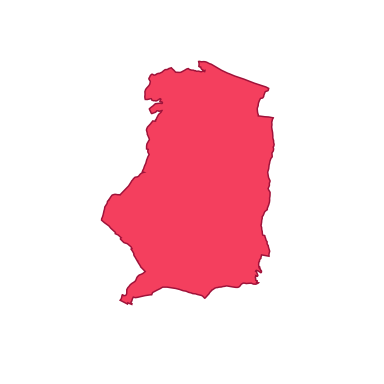 outline of Amarasti, Vâlcea, Romania, rotated 224°
{"feature_id": "2599482B2938164526483", "entity_name": "Amarasti", "entity_type": "district", "adm_level": 2, "iso_a3": "ROU", "parent_name": "Romania", "parent_adm1": "Vâlcea", "projection": "orthographic", "projection_center": [24.148, 44.766], "detail": "fine", "context": "isolated", "style": "filled", "palette": "rose", "viewbox_px": 384, "rotation_deg": 224, "n_neighbors": 0, "source": "geoboundaries", "source_scale": "gbopen_adm2", "svg_char_len": 6013}
<svg xmlns="http://www.w3.org/2000/svg" viewBox="0 0 384 384"><g transform="rotate(224 192 192)"><path d="M291.0,266.9L293.2,267.0L294.0,265.4L294.3,265.1L294.9,262.9L296.3,261.4L296.7,259.1L296.8,257.6L296.9,257.2L298.0,254.3L298.5,254.1L298.7,253.9L299.4,252.4L299.5,251.9L299.4,251.8L299.9,250.5L300.6,249.6L302.1,249.3L302.7,248.8L302.9,247.3L302.9,246.9L302.4,245.7L302.1,244.4L301.8,243.6L301.2,243.2L299.1,242.7L298.6,242.4L297.5,240.6L297.2,240.0L296.9,238.4L296.8,235.2L296.6,233.6L295.6,231.5L293.5,229.5L292.1,227.7L291.0,226.8L289.9,226.1L288.4,227.5L286.3,230.7L285.9,230.8L284.8,230.2L283.1,230.9L282.1,232.0L281.2,232.4L280.5,233.7L279.9,236.8L279.6,237.1L279.1,237.2L278.8,237.1L278.2,235.1L278.0,234.8L277.5,235.0L276.3,235.9L275.5,235.8L275.2,235.6L275.0,235.2L275.1,234.8L277.0,233.3L278.9,231.0L279.3,230.4L279.7,230.1L279.9,226.6L280.2,225.0L280.4,223.2L280.4,222.1L279.5,221.7L276.0,220.4L275.5,220.4L275.2,220.8L273.6,224.1L273.6,226.1L272.6,226.9L271.8,227.1L271.2,228.0L270.4,229.5L270.2,229.7L269.7,227.8L269.9,225.3L269.8,224.2L268.6,220.1L268.0,219.3L268.3,218.8L268.3,218.4L268.2,218.2L267.5,217.6L268.5,216.6L269.6,215.9L269.4,214.3L269.4,213.5L269.2,212.7L269.1,207.7L268.4,205.9L267.8,204.9L265.1,203.3L264.2,202.4L263.3,202.1L259.8,200.6L258.9,199.9L258.7,198.5L257.8,195.2L256.6,193.5L254.6,191.4L253.1,192.2L252.4,190.9L251.4,190.0L248.9,189.2L248.0,186.1L247.5,185.3L247.0,183.8L246.2,182.4L245.2,180.6L244.2,177.7L242.8,174.8L242.5,173.5L241.8,172.0L240.3,172.7L241.2,171.3L241.6,169.5L241.6,168.5L241.4,166.3L241.5,165.7L242.0,164.6L242.6,164.0L243.3,162.8L243.3,160.4L243.1,159.7L243.1,158.2L242.6,156.3L241.8,152.3L241.8,150.9L241.8,149.2L241.8,141.0L241.7,139.9L242.6,139.5L243.2,138.7L245.5,137.1L246.2,136.3L247.0,134.9L247.3,134.1L246.9,131.1L246.5,129.9L246.6,129.3L246.5,128.7L246.2,128.6L246.3,127.8L246.3,126.6L245.3,125.1L245.1,124.6L244.3,120.6L242.9,118.7L242.5,117.8L240.0,113.7L239.0,111.7L238.4,110.0L237.5,108.9L233.6,109.1L228.2,109.9L225.2,109.5L219.0,109.7L218.3,108.7L215.2,109.8L211.3,109.9L211.2,109.9L211.4,109.5L211.3,109.1L210.7,108.4L206.3,108.3L205.6,108.4L202.6,109.9L197.8,110.2L195.8,109.6L195.8,109.4L196.2,109.0L196.2,108.6L193.7,108.1L191.1,107.3L190.7,107.0L190.3,106.4L188.8,105.8L188.0,105.7L183.2,104.3L183.1,104.6L181.9,103.9L177.6,102.9L177.1,102.5L170.4,102.3L170.7,99.5L171.3,97.7L172.3,95.5L172.4,94.5L172.4,93.0L172.1,91.8L171.3,90.0L170.9,88.1L171.4,85.8L171.7,84.8L172.0,82.5L171.7,80.0L171.7,78.7L171.1,76.5L168.5,73.7L167.9,72.4L168.0,71.4L168.9,70.2L169.2,69.9L170.4,70.0L170.7,69.6L170.3,68.7L169.4,67.4L168.7,65.9L168.5,64.2L160.6,66.6L161.2,67.7L157.2,69.3L157.6,70.0L158.9,69.7L159.4,70.6L159.6,71.8L160.6,73.6L161.2,75.6L159.4,76.6L158.0,78.4L153.9,84.7L150.7,88.9L149.6,90.1L150.4,91.9L150.4,92.7L149.1,96.7L148.9,97.3L147.7,100.6L147.1,103.0L146.5,103.7L143.8,106.3L136.7,111.3L133.4,113.2L129.9,114.8L127.4,116.5L124.7,117.5L122.2,119.0L121.1,119.3L119.9,120.2L118.9,121.1L116.8,122.1L113.3,124.2L111.8,124.5L109.2,124.4L108.9,124.9L109.1,130.8L109.4,131.7L109.5,133.6L109.4,134.5L109.6,135.2L109.4,135.5L108.7,138.9L108.0,140.2L107.3,140.9L106.5,142.3L105.0,143.9L104.0,145.6L103.0,146.8L101.9,148.5L96.9,151.9L94.0,154.0L93.0,155.0L92.7,155.4L92.3,156.3L92.2,157.0L92.2,158.0L92.5,159.7L92.2,161.1L91.8,162.1L90.8,163.0L89.4,163.8L87.7,165.8L86.0,167.6L83.9,168.4L82.4,169.7L81.9,170.3L81.1,172.5L81.1,172.9L82.7,171.9L82.8,172.3L83.4,173.0L83.2,173.3L83.3,173.4L83.8,173.3L84.7,172.8L85.1,173.0L86.3,174.1L87.3,174.7L87.6,175.4L87.3,175.8L88.0,176.2L86.4,176.9L86.7,177.8L89.7,179.1L90.4,179.5L91.2,179.2L91.4,179.9L91.3,180.4L89.8,181.1L87.9,181.5L86.7,181.6L86.3,182.1L86.4,182.6L87.1,183.4L87.5,183.5L88.1,183.3L88.9,183.9L89.6,183.8L90.2,184.0L90.1,184.4L90.3,184.6L90.5,184.6L90.8,184.2L91.0,184.1L91.6,184.5L91.7,185.1L92.1,184.9L92.3,184.9L94.0,186.4L94.6,187.3L94.9,187.4L95.3,188.5L95.2,188.8L96.2,190.1L96.4,191.0L96.3,191.9L96.4,192.2L96.8,192.6L97.3,193.4L97.8,194.5L98.3,194.9L98.3,195.1L92.0,199.3L93.5,200.8L95.0,203.4L97.9,205.0L99.2,205.8L99.9,206.4L101.0,206.6L101.7,206.8L102.3,207.2L103.4,208.4L105.0,208.7L107.5,210.1L108.4,210.5L109.2,211.1L109.8,211.0L110.5,210.4L111.3,210.2L112.5,211.0L114.2,212.5L115.4,213.2L116.4,214.0L116.9,214.6L119.4,216.1L119.7,217.0L120.1,217.4L120.7,218.3L122.4,220.4L123.0,221.6L124.4,223.1L124.4,224.3L125.0,225.9L125.5,227.0L125.9,228.1L125.9,229.8L125.6,231.1L125.6,231.6L126.5,232.6L127.9,236.1L128.4,236.9L129.1,238.3L130.2,239.8L132.2,241.8L132.4,242.3L133.3,243.5L135.5,245.9L136.7,246.4L138.0,246.6L138.7,247.0L139.5,247.2L139.9,248.0L140.8,250.4L141.6,251.2L142.5,252.1L143.1,253.6L143.7,254.3L146.8,255.5L148.1,256.4L151.2,258.7L151.6,259.3L152.9,261.9L155.3,265.0L156.0,266.3L157.3,268.2L158.6,271.1L158.6,272.4L158.9,273.2L161.4,275.4L161.7,276.0L162.0,277.8L162.3,278.4L163.2,279.7L164.7,280.6L164.9,281.0L165.1,282.0L166.1,283.4L167.5,284.2L169.2,285.8L170.6,286.5L171.7,287.3L172.6,288.3L175.4,290.8L177.8,292.5L179.9,294.1L181.1,295.8L183.4,297.9L183.6,298.6L184.5,299.9L184.9,301.4L185.1,301.8L189.0,299.2L191.8,296.8L197.2,292.8L198.1,293.7L199.2,294.2L200.4,295.0L202.8,297.1L203.4,297.9L204.3,300.0L205.4,301.3L206.1,302.4L207.2,305.0L207.7,306.8L207.6,307.2L206.8,308.1L206.6,308.6L206.5,309.1L206.7,310.3L207.5,311.5L208.9,314.7L208.8,315.3L208.7,315.8L208.3,316.5L207.8,317.5L207.9,318.3L208.8,319.8L211.8,318.9L222.7,313.6L233.2,309.2L241.8,305.1L247.7,302.8L248.7,302.3L255.2,300.1L266.9,297.3L268.5,296.5L271.2,295.7L272.4,295.2L274.0,294.1L275.7,292.2L277.6,291.0L277.9,290.5L275.9,289.1L274.3,287.1L273.2,287.3L272.6,287.9L271.3,287.2L270.5,287.0L269.3,287.3L268.0,287.4L267.7,287.5L267.1,288.4L266.5,287.4L266.9,287.1L267.4,287.0L268.5,286.2L268.5,285.5L269.0,284.8L271.3,283.5L272.6,282.0L273.9,281.6L274.3,281.1L275.6,280.6L277.2,279.2L277.8,279.0L279.0,278.3L280.3,278.3L280.6,278.0L281.3,276.7L282.0,274.0L283.2,270.4L284.0,269.4L287.0,266.8L290.0,267.0L291.0,266.9Z" fill="#f43f5e" stroke="#9f1239" stroke-width="1.5"/></g></svg>